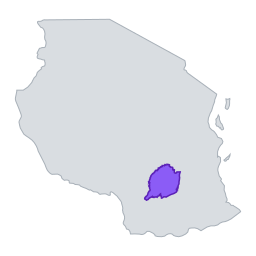 Ulanga, Morogoro, United Republic of Tanzania (highlighted)
{"feature_id": "72390352B93515871634078", "entity_name": "Ulanga", "entity_type": "district", "adm_level": 2, "iso_a3": "TZA", "parent_name": "United Republic of Tanzania", "parent_adm1": "Morogoro", "projection": "albers", "projection_center": [36.287, -9.043], "detail": "fine", "context": "in_parent", "style": "filled", "palette": "violet", "viewbox_px": 256, "rotation_deg": 0, "n_neighbors": 0, "source": "geoboundaries", "source_scale": "gbopen_adm2", "svg_char_len": 8094}
<svg xmlns="http://www.w3.org/2000/svg" viewBox="0 0 256 256"><path d="M89.4,190.1L86.1,188.4L83.1,187.3L80.6,186.2L79.5,185.0L77.2,184.6L75.2,184.5L73.4,183.4L69.6,183.1L69.2,182.4L69.1,180.8L68.5,180.4L67.1,180.0L65.6,180.0L64.7,180.3L64.2,180.2L63.0,179.3L61.8,178.1L61.3,176.2L59.6,175.0L57.6,174.1L52.1,174.3L51.2,174.0L49.9,173.1L48.3,171.5L47.1,169.8L46.0,167.3L44.8,164.1L38.2,151.1L37.5,148.6L36.3,145.9L34.2,142.5L32.0,140.1L29.0,137.8L25.7,135.6L23.8,134.1L20.3,128.0L19.6,125.2L19.0,122.2L19.2,121.0L21.2,117.1L21.4,116.0L21.1,114.5L20.0,111.5L18.6,107.8L15.8,101.1L15.4,99.4L15.4,98.1L16.8,91.2L16.8,90.2L23.2,90.2L27.8,87.1L31.8,82.5L32.6,80.7L34.2,77.7L35.8,76.3L36.4,75.3L37.3,72.4L39.4,70.4L41.5,68.9L41.1,67.8L41.4,67.4L42.5,66.6L44.7,65.9L45.1,64.4L45.1,62.7L44.7,61.7L44.7,60.6L44.4,60.0L43.0,59.9L40.8,59.1L39.0,58.8L37.7,58.3L37.3,57.9L37.1,56.9L38.0,54.3L37.0,53.2L39.2,48.8L39.6,48.3L40.4,48.2L41.7,47.7L42.9,47.5L43.8,47.6L44.6,47.4L45.2,46.9L45.7,45.5L46.1,43.0L45.8,41.0L44.9,39.4L44.6,37.1L45.0,33.9L44.6,31.3L43.6,29.2L42.5,27.9L40.9,27.4L38.3,24.2L37.5,22.7L37.6,21.7L38.5,21.3L40.1,21.4L41.6,21.0L43.0,20.1L44.4,19.8L45.1,19.9L109.6,19.3L184.7,60.5L185.0,61.0L185.6,64.5L185.5,65.7L184.3,67.8L184.0,68.9L184.0,69.6L184.2,69.9L185.2,70.0L186.1,70.5L186.4,70.9L187.0,72.4L187.8,73.2L216.1,93.7L216.7,94.1L216.3,95.8L214.7,99.9L214.6,101.6L213.9,103.6L213.3,105.0L211.6,110.8L210.3,113.0L208.4,118.1L208.0,122.0L209.0,124.7L209.4,127.3L211.6,129.8L213.3,130.8L214.5,131.9L216.5,134.6L217.7,137.2L221.4,138.5L222.9,141.5L222.3,143.5L220.6,145.2L218.9,147.9L217.6,151.5L217.5,157.0L218.4,156.2L220.4,157.5L220.6,161.6L218.5,166.3L217.9,168.5L217.8,170.4L219.2,176.0L221.4,178.9L221.2,179.8L220.6,180.6L224.4,185.7L224.1,190.1L225.4,193.5L226.0,196.5L227.0,198.8L227.1,200.4L225.9,202.1L228.7,202.6L230.3,204.1L231.1,205.4L233.1,205.4L234.2,206.3L235.7,207.1L239.2,209.5L240.1,210.6L240.6,211.7L231.1,218.9L227.6,220.7L225.1,221.6L222.5,222.0L220.0,223.1L217.7,224.9L214.6,225.8L211.0,225.8L207.1,227.0L201.0,230.7L197.5,228.6L194.7,227.9L191.6,228.0L189.6,228.2L188.9,228.7L188.3,229.9L187.8,232.0L185.7,234.0L182.0,235.9L178.7,236.7L175.6,236.2L173.5,235.4L172.4,234.2L170.8,233.7L168.7,233.8L166.7,234.6L164.7,236.1L161.6,236.7L157.4,236.5L155.1,235.8L154.8,234.6L152.9,233.1L149.5,231.4L147.0,231.4L145.4,233.0L143.9,234.0L142.6,234.4L141.4,234.5L139.6,234.1L134.9,233.9L130.5,234.0L130.0,231.6L129.1,230.2L128.3,229.4L126.8,229.2L126.3,228.5L125.8,227.1L125.0,225.8L124.0,224.8L123.4,223.9L123.2,223.0L123.4,222.0L124.3,219.7L124.6,218.0L124.5,216.3L123.9,214.6L122.9,212.6L123.0,212.0L122.6,210.6L122.6,209.6L122.8,208.4L122.6,206.8L121.6,203.4L121.6,202.5L120.7,200.9L117.7,197.0L117.5,196.5L112.8,192.5L111.0,191.7L110.3,192.4L110.1,193.1L110.3,194.4L110.2,195.0L110.0,195.3L108.9,195.3L108.2,195.1L106.4,194.1L105.0,193.8L101.6,194.0L100.4,194.3L99.4,194.1L97.6,192.3L95.5,191.9L93.6,191.8L90.4,189.8L89.4,190.1ZM222.0,124.2L223.6,128.6L223.3,129.4L222.2,129.9L221.7,129.9L221.0,129.2L220.5,127.7L219.7,128.1L218.3,126.3L216.9,126.2L215.7,124.1L216.2,122.3L215.9,119.2L217.4,117.6L218.3,115.0L219.3,116.8L219.5,119.7L220.8,123.0L222.0,124.2ZM229.8,98.5L229.9,99.5L229.6,100.5L229.6,103.6L229.4,105.6L228.3,108.4L227.3,109.4L226.5,109.1L225.8,108.6L225.2,107.9L226.4,102.7L225.9,98.9L228.0,99.3L229.8,98.5ZM226.0,161.0L225.0,161.2L224.5,160.9L223.9,160.1L225.0,159.4L226.2,158.0L228.8,155.9L230.1,154.3L229.9,155.9L228.3,159.4L227.1,159.6L226.0,161.0Z" fill="#d9dde1" stroke="#a8b0b8" stroke-width="1"/><path d="M180.2,171.9L177.4,172.0L177.1,171.9L176.8,172.0L176.6,172.4L176.5,172.8L176.1,172.9L175.9,173.1L175.5,173.2L175.3,173.2L174.8,172.8L174.6,172.8L174.4,172.7L174.3,171.8L174.4,170.9L174.3,170.6L174.4,169.8L174.0,169.6L173.8,169.5L173.6,169.6L173.3,169.8L173.3,170.1L173.1,170.1L173.0,169.9L172.8,169.7L172.7,169.2L172.8,168.1L172.6,167.4L172.0,167.2L170.6,167.2L170.5,166.8L170.3,166.7L170.2,166.7L169.8,166.6L169.6,166.1L169.3,166.1L169.2,165.9L169.3,165.4L169.4,165.2L169.5,165.1L169.5,164.9L169.2,164.8L169.2,164.7L168.7,164.5L168.4,164.5L168.2,164.5L167.8,164.5L167.6,164.6L167.3,164.4L167.3,164.6L167.2,164.7L166.7,164.8L166.2,164.9L165.7,165.0L165.6,164.8L165.4,164.7L165.3,164.9L165.1,165.1L165.1,164.8L164.9,164.7L164.8,165.0L164.6,165.0L164.4,165.2L164.4,165.3L164.1,165.4L163.6,165.4L163.4,165.2L163.5,165.4L163.3,165.5L162.9,165.5L162.6,165.9L162.4,165.8L162.4,166.2L162.2,166.1L162.2,166.3L162.1,166.5L161.8,166.7L161.6,166.5L161.4,166.6L161.2,166.5L161.2,166.3L161.1,166.5L160.8,166.6L161.0,166.6L161.0,166.9L160.8,166.9L160.8,167.0L160.4,167.0L160.3,167.3L160.1,167.2L160.2,167.3L159.7,167.6L159.2,167.8L158.8,167.9L158.9,168.0L158.7,168.1L158.5,168.3L158.3,168.4L158.3,168.5L158.4,168.8L158.3,169.0L158.5,169.0L158.4,169.1L158.3,169.3L158.0,169.2L157.8,169.5L157.8,169.4L157.7,169.5L157.6,169.8L157.6,170.0L157.4,170.0L157.3,169.9L157.2,170.0L156.8,170.2L156.7,170.3L156.8,170.3L156.6,170.4L156.5,170.5L156.3,170.6L156.2,170.4L155.9,170.3L155.5,170.4L155.4,170.5L155.4,170.8L155.2,171.0L155.0,171.3L155.0,171.5L154.9,171.5L154.6,172.0L154.5,172.4L154.4,172.5L154.2,172.4L154.0,172.8L153.9,172.8L153.8,173.0L153.7,173.1L153.2,173.3L152.8,173.6L152.7,173.6L152.7,173.9L152.4,173.9L152.3,174.1L152.0,174.5L151.3,175.2L151.2,175.4L151.2,175.6L151.1,175.8L151.0,176.1L150.9,176.1L150.9,176.3L150.7,176.5L150.4,177.3L150.4,177.6L150.2,177.8L150.3,177.9L150.2,178.0L150.2,177.9L150.1,178.2L150.1,178.7L149.9,179.0L150.0,179.1L149.9,179.3L149.8,179.6L149.5,180.0L149.4,180.2L149.5,180.4L149.4,180.9L149.3,181.1L149.0,181.6L148.8,181.7L148.9,181.8L148.7,181.8L148.7,182.0L148.8,182.1L148.9,182.3L148.8,182.5L149.1,182.7L149.1,182.8L149.2,183.0L149.2,183.4L149.3,183.4L149.2,183.5L149.3,183.5L149.4,183.8L149.4,184.0L149.5,184.3L149.4,184.6L149.5,184.8L149.6,185.4L149.5,185.6L149.3,185.5L148.9,185.9L148.9,186.0L148.7,186.0L148.7,186.4L148.5,186.5L149.2,186.5L149.4,186.6L149.6,186.9L149.5,187.0L149.6,187.4L149.5,187.7L149.6,187.9L149.6,188.1L149.6,188.4L149.7,188.8L150.0,189.3L150.1,189.6L150.1,190.0L149.9,190.7L149.7,190.8L149.0,191.2L148.9,191.7L148.7,191.8L148.1,192.8L148.0,193.3L147.8,194.0L147.6,194.5L147.4,195.2L147.0,195.6L146.7,196.0L146.3,196.4L146.1,196.4L146.1,196.6L145.8,196.7L145.6,196.9L145.6,197.0L145.4,197.2L145.2,197.3L145.1,197.6L144.9,197.8L144.7,198.1L144.7,198.4L144.8,198.5L144.9,199.1L145.2,199.1L145.4,199.2L145.5,199.4L145.8,199.5L146.0,199.7L146.3,200.1L146.6,200.2L147.4,199.7L148.1,199.5L148.9,198.5L149.7,198.0L149.6,197.9L149.9,197.7L150.0,197.7L150.3,197.5L150.9,197.3L151.0,197.2L151.3,197.1L151.6,197.0L151.6,196.9L151.9,196.8L152.2,196.5L152.3,196.5L152.5,196.4L152.8,196.6L152.6,196.9L152.8,197.0L152.8,196.9L152.9,197.0L153.0,197.0L152.9,197.2L153.0,197.2L153.2,197.4L153.4,197.4L153.5,197.4L153.8,197.3L154.0,197.4L154.1,197.2L154.3,197.1L154.6,197.0L155.0,197.1L155.7,196.9L155.7,197.0L156.1,197.0L156.3,197.0L156.6,197.0L157.0,197.2L157.2,196.9L157.3,197.1L157.6,196.8L157.8,196.2L158.9,195.9L159.2,195.7L159.3,195.4L159.4,195.2L159.5,195.0L159.8,195.1L159.8,194.8L160.0,194.7L159.9,194.6L160.2,194.5L160.2,194.2L160.3,193.9L160.5,193.8L160.5,194.1L160.6,194.6L160.3,194.7L160.4,194.8L160.4,195.0L160.5,195.5L160.9,195.5L161.0,195.7L161.2,196.0L161.3,196.3L161.1,196.5L161.3,197.1L161.5,198.1L162.0,198.0L162.5,197.8L163.0,197.4L163.4,196.9L164.1,196.9L164.5,196.8L164.9,196.8L165.3,196.9L166.0,196.9L166.6,196.7L166.6,196.8L169.3,195.3L171.2,194.4L173.4,193.7L173.6,193.5L174.1,193.4L176.3,192.1L176.7,191.6L176.8,191.5L177.0,191.6L176.7,191.3L176.8,191.0L177.0,190.9L176.8,190.8L176.9,190.7L177.0,190.4L176.9,190.1L177.1,189.8L176.9,189.7L177.0,189.6L177.2,189.4L176.9,189.4L177.0,189.2L176.8,189.1L177.0,189.0L177.2,188.8L177.1,188.7L177.3,188.6L177.4,188.2L177.7,188.0L177.6,187.7L177.9,187.3L178.0,187.3L178.0,187.2L177.8,187.1L178.0,187.0L178.1,186.9L177.9,186.7L178.0,186.4L178.1,185.7L178.3,185.2L178.8,184.3L179.0,183.6L179.0,181.8L179.4,179.7L179.6,177.8L179.6,177.3L179.4,176.3L179.4,175.2L179.5,174.2L180.1,172.4L180.2,171.9Z" fill="#8b5cf6" stroke="#5b21b6" stroke-width="1.5"/></svg>